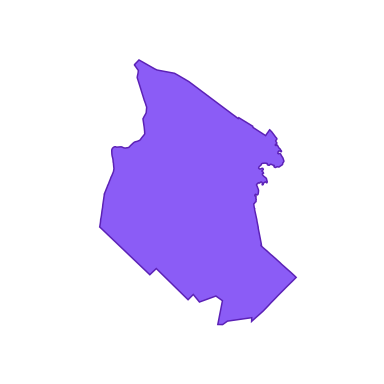 Purani, Teleorman, Romania, rotated 248°
{"feature_id": "2599482B66350034268187", "entity_name": "Purani", "entity_type": "district", "adm_level": 2, "iso_a3": "ROU", "parent_name": "Romania", "parent_adm1": "Teleorman", "projection": "orthographic", "projection_center": [25.428, 44.372], "detail": "fine", "context": "isolated", "style": "filled", "palette": "violet", "viewbox_px": 384, "rotation_deg": 248, "n_neighbors": 0, "source": "geoboundaries", "source_scale": "gbopen_adm2", "svg_char_len": 5873}
<svg xmlns="http://www.w3.org/2000/svg" viewBox="0 0 384 384"><g transform="rotate(248 192 192)"><path d="M55.0,213.5L58.2,220.6L59.6,223.5L62.3,229.7L63.6,232.5L69.0,245.1L72.0,252.4L72.6,253.8L73.8,256.6L76.5,255.4L79.7,253.9L91.3,248.1L93.6,247.1L97.3,245.3L102.8,242.6L104.8,241.5L108.2,239.9L113.3,237.3L115.4,236.3L115.7,236.1L116.2,236.0L116.5,236.0L116.3,236.4L118.5,236.9L126.6,238.5L133.4,239.8L134.6,240.2L140.5,241.3L142.0,241.7L150.2,243.1L151.4,243.3L152.3,243.5L152.5,243.6L152.9,243.8L153.0,243.9L153.4,243.9L153.7,243.8L154.3,243.9L156.9,244.5L157.9,244.9L158.0,245.4L158.1,245.7L158.8,246.6L158.9,246.9L159.0,247.6L159.2,247.8L160.8,248.5L161.1,248.8L161.4,248.9L161.6,248.9L162.1,248.8L162.3,248.8L162.6,248.9L163.1,249.4L163.7,249.6L164.0,249.7L164.3,249.5L164.5,249.1L164.8,249.0L165.1,248.9L165.3,249.0L165.7,249.3L166.0,249.7L166.1,249.9L166.1,250.0L166.0,250.3L165.2,250.8L165.0,251.0L164.9,251.2L164.9,251.5L164.9,251.8L165.0,252.1L165.3,252.5L165.6,252.7L166.9,253.5L168.3,254.2L168.6,254.3L169.1,254.4L170.6,254.5L172.1,254.5L172.7,254.6L173.1,254.6L173.6,254.4L174.1,254.4L174.5,254.5L174.9,254.9L175.1,255.4L175.1,256.0L175.7,256.8L175.7,257.0L175.4,257.3L175.0,257.9L175.0,258.1L175.0,258.3L175.4,258.8L175.5,259.1L175.4,259.5L175.4,259.8L175.2,260.1L174.9,260.4L174.7,260.5L174.1,260.5L173.6,260.4L173.2,260.3L172.8,259.9L172.6,259.8L172.4,259.8L172.2,260.0L172.2,260.5L172.3,260.8L172.5,261.0L173.1,261.4L173.4,261.7L173.5,261.9L173.6,262.2L173.7,262.4L173.8,263.1L173.9,263.8L173.7,264.1L172.7,264.5L172.5,264.8L172.6,265.1L172.9,265.3L173.4,265.6L173.7,265.7L174.0,265.7L175.3,265.8L175.9,266.0L176.7,266.0L176.9,266.0L177.9,265.5L178.6,265.1L179.4,264.6L179.8,264.4L181.2,263.9L181.7,263.8L182.0,263.9L182.3,264.0L182.5,264.1L182.6,264.9L182.7,265.1L182.7,265.3L182.9,265.3L183.1,265.4L183.6,265.4L184.0,265.2L184.8,264.8L185.0,264.7L185.4,264.8L185.6,265.0L185.9,266.2L186.0,266.4L186.1,266.5L186.4,266.6L187.1,266.6L187.3,266.5L187.5,266.4L187.6,266.2L187.7,265.8L187.8,265.3L187.7,264.6L187.8,264.0L187.9,263.7L188.0,263.4L188.2,263.2L188.4,263.0L188.7,262.9L188.9,262.8L189.1,262.8L189.3,262.8L189.6,263.0L189.9,263.3L190.3,263.8L190.5,264.1L190.8,265.3L191.3,266.4L192.0,266.9L192.1,267.0L192.1,267.3L192.2,267.7L192.2,268.0L191.9,268.9L191.7,269.7L191.2,270.9L190.5,272.2L190.4,272.3L190.1,272.4L189.9,272.4L189.7,272.4L189.5,272.2L189.2,272.1L188.4,272.6L188.2,272.9L188.2,273.2L187.9,273.6L187.9,273.8L187.9,274.0L188.0,274.2L188.2,274.6L188.3,274.9L188.2,275.3L188.2,275.5L187.9,275.8L187.7,276.2L187.6,276.3L187.0,276.7L186.8,276.9L186.3,277.5L186.1,277.8L186.0,278.0L185.8,278.1L185.6,278.1L185.3,278.0L185.0,277.6L184.8,277.5L184.6,277.6L184.2,277.8L183.8,278.1L183.6,278.3L183.5,278.5L183.4,278.8L183.6,279.5L183.5,279.9L183.5,280.6L182.9,281.3L182.7,281.9L182.6,282.5L182.9,283.3L183.1,284.4L183.2,284.8L183.3,285.2L183.4,285.9L183.6,286.2L183.9,286.5L184.3,286.7L184.6,286.9L184.8,287.0L185.0,287.3L185.8,288.5L186.3,288.8L187.3,288.9L189.0,289.0L189.8,289.0L191.2,288.7L192.5,288.5L193.7,288.4L194.0,288.4L194.7,287.9L194.9,287.5L195.0,287.3L195.1,286.6L195.1,286.4L195.3,286.3L195.4,286.2L195.7,286.1L196.0,286.3L196.7,286.7L197.1,287.1L197.3,287.3L197.4,287.5L197.5,287.7L197.4,288.0L197.3,288.4L197.1,288.7L196.1,289.5L195.9,289.8L195.9,290.0L196.0,290.1L196.4,290.3L196.9,290.2L197.9,289.9L198.9,289.8L199.6,289.5L200.1,289.2L200.4,289.1L200.9,289.0L201.9,288.9L202.7,288.8L203.3,288.7L203.6,288.5L203.8,288.4L203.8,288.1L203.7,287.6L203.6,287.4L203.7,287.2L203.8,287.0L204.0,286.8L204.3,286.8L204.5,286.9L204.7,287.1L204.8,287.3L205.0,287.8L205.1,288.3L205.2,288.6L205.4,288.9L205.7,289.0L206.0,289.1L206.3,289.0L207.3,288.7L207.6,288.7L208.0,288.7L208.2,288.8L208.4,289.0L208.5,289.3L208.7,289.8L208.9,290.1L209.2,290.4L209.6,290.6L209.9,290.7L212.2,289.9L212.9,289.8L215.9,289.0L217.0,288.7L217.8,288.5L219.5,287.8L220.3,287.5L220.6,287.3L219.1,285.0L219.0,284.9L218.8,284.7L218.7,284.4L217.7,282.8L216.7,281.4L228.9,272.8L230.3,272.9L243.4,263.2L242.8,262.3L262.3,250.5L295.6,230.4L305.6,222.7L308.6,220.3L318.2,205.3L320.3,203.4L334.3,192.3L331.7,186.5L331.1,186.6L331.0,186.3L326.4,187.4L325.1,187.7L324.6,187.7L323.9,187.3L322.4,186.5L319.8,184.7L318.7,184.1L318.4,184.0L316.7,183.9L309.2,183.3L304.6,182.9L297.2,182.3L296.0,182.2L295.0,182.1L294.1,182.1L291.2,182.0L289.3,181.8L288.1,181.8L287.7,181.7L287.3,181.6L286.9,181.4L285.8,180.8L282.8,179.3L282.5,179.0L281.9,178.4L279.7,175.6L278.9,174.8L278.6,174.3L278.3,174.0L278.0,173.9L277.7,173.8L274.8,173.1L272.7,172.6L269.8,171.9L267.1,171.1L265.7,170.7L264.5,170.2L264.0,170.1L263.7,170.0L263.5,169.8L263.3,169.6L260.9,165.3L260.6,164.9L260.3,164.3L259.9,163.8L259.7,163.4L259.6,162.9L259.5,162.1L259.5,160.3L259.6,159.5L259.8,158.4L259.8,157.4L259.7,156.8L259.4,155.8L259.0,154.8L258.6,153.7L257.9,152.0L257.2,150.7L257.2,150.4L257.1,149.8L257.1,149.2L257.4,148.2L257.6,147.2L257.8,146.5L258.0,146.1L258.4,145.5L258.9,144.9L259.8,144.1L260.4,143.3L260.8,142.2L261.1,141.2L261.6,139.6L261.7,139.1L261.9,138.8L262.6,138.1L262.8,137.6L262.9,137.2L262.9,136.3L262.7,135.5L262.4,134.8L261.9,134.1L261.4,133.6L260.9,133.3L260.2,133.0L257.7,132.1L256.4,131.7L254.9,131.4L252.7,131.1L251.4,130.8L249.2,130.1L248.3,130.0L247.1,129.6L245.1,129.0L244.0,128.7L243.3,128.5L242.7,128.3L242.1,127.9L240.3,126.8L239.9,126.4L237.3,123.9L236.0,122.4L234.4,121.0L233.2,119.8L230.5,117.3L229.8,116.4L229.0,115.7L228.5,115.3L226.6,113.4L225.3,112.2L224.5,111.4L224.0,110.9L223.1,110.2L222.7,110.0L222.8,109.8L221.9,109.4L215.7,105.8L213.5,104.5L211.0,103.2L208.6,101.7L204.3,99.3L202.5,98.2L201.3,97.4L200.5,96.9L199.4,96.4L197.4,95.3L195.4,94.1L194.7,93.7L194.2,93.3L131.1,121.9L134.4,130.2L93.6,148.0L96.5,154.8L87.2,157.7L86.6,175.2L79.8,179.5L59.5,166.3L57.6,170.7L59.0,176.5L53.1,200.3L49.7,198.8L55.0,213.5Z" fill="#8b5cf6" stroke="#5b21b6" stroke-width="1.5"/></g></svg>